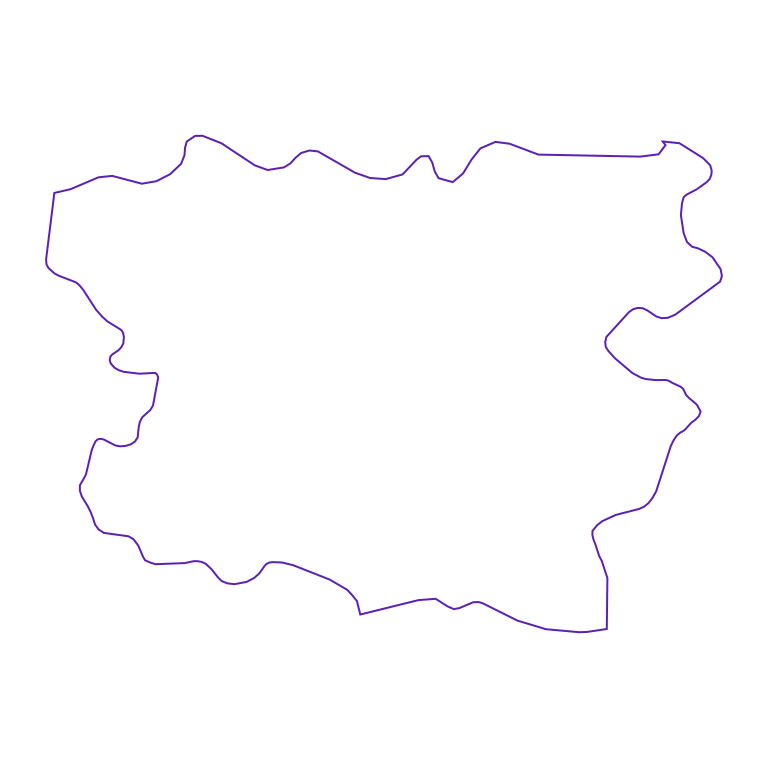 an SVG outline of Lori
{"feature_id": "ARM-1674", "entity_name": "Lori", "entity_type": "Province", "adm_level": 1, "iso_a3": "ARM", "parent_name": "Armenia", "parent_adm1": "", "projection": "natural_earth1", "projection_center": [44.445, 40.946], "detail": "fine", "context": "isolated", "style": "outline", "palette": "violet", "viewbox_px": 768, "rotation_deg": 0, "n_neighbors": 0, "source": "natural_earth", "source_scale": "10m", "svg_char_len": 2773}
<svg xmlns="http://www.w3.org/2000/svg" viewBox="0 0 768 768"><path d="M640.3,156.6L658.6,154.3L665.5,145.1L662.7,141.5L662.8,141.5L679.4,143.2L703.1,158.1L710.2,165.3L711.7,170.6L711.3,175.0L709.6,179.1L706.4,182.4L696.7,189.3L686.7,194.6L683.7,197.1L682.0,203.3L680.9,215.2L683.7,233.4L687.0,242.0L692.2,246.8L698.0,248.3L705.4,251.9L712.5,257.3L720.6,269.1L721.9,276.0L720.1,281.6L675.2,314.7L667.8,317.8L661.7,318.2L656.2,316.4L647.3,310.4L642.6,308.2L637.8,307.9L633.3,309.1L629.0,312.1L606.4,336.9L605.2,342.2L605.8,346.9L608.4,351.0L615.0,358.3L632.3,373.0L641.3,377.8L645.9,379.1L656.0,380.1L665.6,380.0L668.1,380.5L670.4,381.7L672.5,383.0L680.8,386.8L683.1,388.8L686.2,395.1L688.8,397.8L696.8,404.6L700.6,411.5L699.0,416.0L695.4,419.7L691.1,422.9L685.4,429.3L683.2,431.1L680.1,432.7L676.8,435.5L673.7,440.1L670.8,446.0L656.2,491.3L652.3,498.2L648.5,503.1L644.2,506.6L639.2,508.9L615.5,515.0L602.4,521.1L597.2,525.1L592.5,530.9L592.4,535.1L593.5,539.5L595.5,544.7L599.2,556.1L601.9,561.2L607.4,578.1L606.8,629.0L586.5,632.0L579.1,632.2L545.9,629.2L517.4,620.6L482.6,603.2L478.1,602.0L473.0,602.3L459.4,608.1L453.8,609.1L447.2,606.2L435.7,598.8L418.5,600.1L360.3,614.5L356.9,601.0L351.9,594.8L347.2,589.8L329.7,579.6L293.1,565.2L282.1,562.5L272.6,562.1L269.2,562.6L266.7,563.8L264.6,565.9L259.4,573.3L254.1,578.0L246.6,581.9L234.5,584.2L227.2,583.3L221.6,581.0L218.1,577.5L211.3,569.0L206.0,564.0L201.7,561.9L197.0,561.1L193.6,561.2L184.6,563.1L155.5,564.2L150.8,562.8L145.1,560.3L143.0,556.7L138.3,545.6L133.5,539.2L128.5,536.3L103.9,532.9L98.7,529.5L95.1,524.7L93.3,519.0L90.8,512.3L87.5,505.8L81.9,496.7L79.9,490.8L79.9,485.3L85.1,476.2L86.1,473.9L91.7,450.2L93.5,445.5L95.5,441.4L96.3,440.6L97.3,439.6L99.1,439.0L101.2,438.8L104.0,439.6L115.2,445.4L120.0,446.3L125.3,446.0L130.9,444.3L135.0,441.5L137.7,437.3L138.6,428.0L139.8,422.1L142.3,417.2L150.3,410.0L153.0,405.5L158.2,377.6L157.0,374.4L155.0,372.9L139.2,373.7L123.6,371.8L118.8,370.2L114.6,367.8L110.7,363.4L109.7,360.0L110.4,356.6L112.3,354.4L118.4,350.3L121.1,347.5L123.3,343.6L123.9,337.2L123.3,333.5L121.9,330.7L120.0,329.2L107.4,321.4L102.0,316.5L96.1,309.8L83.3,290.0L79.0,284.8L75.6,282.2L59.4,276.0L54.6,273.5L48.5,268.1L46.5,264.4L46.1,259.3L54.2,194.2L54.3,193.0L54.6,192.9L70.5,189.2L98.5,177.3L112.3,175.9L141.8,183.7L156.4,181.2L170.1,174.2L181.0,163.9L184.5,155.3L185.0,147.9L186.8,141.5L195.1,135.9L202.5,135.8L221.3,143.2L254.9,165.4L267.7,170.0L284.0,167.4L290.5,163.3L295.5,157.8L301.1,153.0L309.4,150.5L317.9,151.4L355.0,172.7L370.1,178.0L385.8,179.1L402.6,174.4L416.6,159.6L421.1,156.3L428.6,156.1L432.3,162.6L434.8,171.6L438.6,178.2L452.8,182.1L463.1,173.4L471.5,159.6L480.5,148.3L495.4,141.9L509.5,143.7L538.5,154.6L640.3,156.6Z" fill="none" stroke="#5b21b6" stroke-width="2"/></svg>